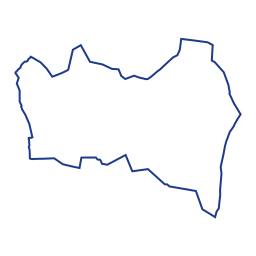 Gbonyin, Ekiti, Nigeria (Albers equal-area conic projection)
{"feature_id": "59680162B53652676960042", "entity_name": "Gbonyin", "entity_type": "district", "adm_level": 2, "iso_a3": "NGA", "parent_name": "Nigeria", "parent_adm1": "Ekiti", "projection": "albers", "projection_center": [5.452, 7.587], "detail": "fine", "context": "isolated", "style": "outline", "palette": "blue", "viewbox_px": 256, "rotation_deg": 0, "n_neighbors": 0, "source": "geoboundaries", "source_scale": "gbopen_adm2", "svg_char_len": 1810}
<svg xmlns="http://www.w3.org/2000/svg" viewBox="0 0 256 256"><path d="M80.8,45.2L72.9,49.7L68.2,69.9L63.2,72.4L61.1,73.3L55.6,75.5L52.3,76.7L50.2,73.7L46.4,68.3L40.5,62.3L30.8,56.7L30.5,57.1L30.0,58.0L29.5,58.3L28.8,58.7L28.4,59.0L28.1,59.7L27.9,60.5L27.4,61.0L27.0,61.3L26.2,61.6L25.3,61.5L24.5,62.0L23.4,62.8L22.7,63.5L21.7,64.7L21.1,65.6L20.5,67.1L20.5,67.6L19.8,68.3L18.8,68.9L17.9,69.7L17.1,70.9L16.7,71.5L16.0,71.8L15.4,72.8L15.4,73.1L16.0,74.0L16.5,74.4L17.2,75.6L18.2,77.1L18.7,77.8L16.8,83.6L19.6,90.4L19.7,101.6L21.6,105.8L21.2,106.4L22.0,109.2L25.5,115.0L27.4,119.6L29.2,123.6L32.4,137.3L31.2,137.7L31.1,137.8L30.3,137.9L29.6,137.8L28.7,138.0L28.7,139.2L29.0,139.8L29.1,140.5L29.1,141.5L29.3,144.4L29.4,145.5L29.2,146.0L28.8,146.7L29.0,147.8L29.1,148.2L29.4,148.9L29.6,149.8L29.7,152.3L29.8,154.2L29.8,155.4L29.8,156.9L29.9,158.3L29.9,158.5L31.0,158.9L32.9,159.1L33.6,158.9L34.3,159.0L35.2,158.9L38.6,158.9L39.4,158.7L41.3,158.8L54.2,158.3L62.7,164.2L71.8,166.4L79.5,168.0L81.4,157.6L88.8,157.5L95.8,157.5L97.5,159.5L100.2,159.8L102.0,163.8L107.3,164.7L125.6,155.0L132.3,171.3L147.9,169.1L164.8,184.3L167.2,184.4L169.4,186.4L195.9,191.0L202.4,209.3L215.1,217.1L216.6,211.6L218.8,208.3L219.5,201.1L220.2,195.3L220.1,189.5L220.8,181.6L221.5,173.7L220.7,167.2L221.4,163.6L223.5,154.2L224.9,146.5L224.9,146.3L226.3,141.3L227.4,138.4L227.7,137.7L228.0,136.7L229.8,131.9L233.4,126.8L234.8,123.9L237.6,118.9L240.5,114.5L240.6,114.3L234.0,103.5L229.4,93.6L229.8,92.7L228.4,84.9L223.8,72.3L214.8,62.2L211.8,60.5L212.7,45.0L207.6,42.3L195.8,40.7L181.2,38.9L179.9,49.4L177.4,55.2L172.9,57.5L166.2,63.7L159.3,70.1L157.9,70.9L151.8,76.2L148.0,78.9L146.4,79.2L139.3,77.6L134.1,75.7L125.3,79.0L121.4,76.1L118.5,69.3L112.0,68.9L102.4,64.4L90.0,61.8L80.8,45.2Z" fill="none" stroke="#1e3a8a" stroke-width="2"/></svg>